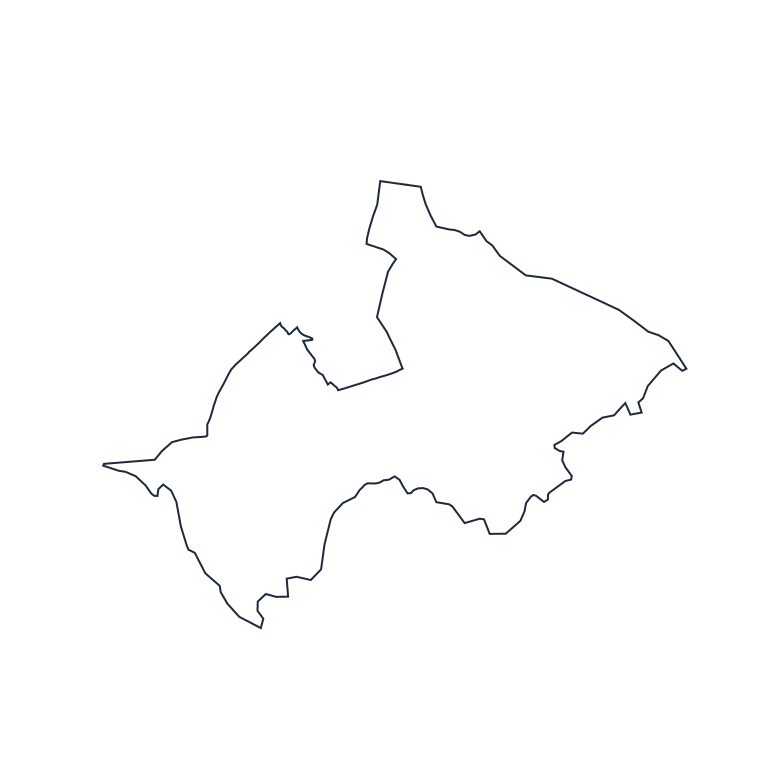 Sokoto North, Sokoto, Nigeria (Robinson projection), rotated 162°
{"feature_id": "59680162B91492845849591", "entity_name": "Sokoto North", "entity_type": "district", "adm_level": 2, "iso_a3": "NGA", "parent_name": "Nigeria", "parent_adm1": "Sokoto", "projection": "robinson", "projection_center": [5.234, 13.066], "detail": "fine", "context": "isolated", "style": "outline", "palette": "slate", "viewbox_px": 768, "rotation_deg": 162, "n_neighbors": 0, "source": "geoboundaries", "source_scale": "gbopen_adm2", "svg_char_len": 3080}
<svg xmlns="http://www.w3.org/2000/svg" viewBox="0 0 768 768"><g transform="rotate(162 384 384)"><path d="M476.4,271.9L471.2,277.2L459.9,283.5L446.4,285.5L439.8,290.8L436.3,292.4L433.8,294.0L430.1,294.6L425.8,293.0L422.3,291.9L418.6,291.6L414.0,292.6L412.7,292.2L408.8,291.5L402.3,292.8L398.8,288.0L397.7,281.5L395.4,272.7L392.2,271.9L390.4,272.8L388.7,273.8L383.8,274.2L379.1,273.0L375.2,270.4L371.7,265.1L370.7,255.4L359.3,249.5L356.8,246.4L350.3,226.8L334.6,226.3L330.7,224.4L329.8,208.8L314.5,204.0L296.6,211.7L289.7,219.5L285.7,226.8L279.3,231.4L276.3,232.3L273.9,230.7L268.3,222.4L263.9,223.4L262.1,228.3L260.1,229.6L245.1,234.5L241.7,235.7L235.6,235.3L233.8,238.4L237.3,249.1L238.1,256.4L234.2,264.1L237.7,266.1L241.4,270.2L240.8,273.4L233.3,274.8L220.2,279.7L210.2,275.3L200.6,280.1L186.6,284.5L174.9,283.1L166.6,287.9L160.4,291.3L159.1,278.7L147.8,277.2L147.8,287.9L142.1,290.3L133.8,300.5L116.4,311.2L102.4,314.1L96.3,304.4L91.7,305.1L100.2,337.0L107.8,345.6L116.4,352.0L126.4,366.5L137.7,381.9L191.8,432.3L215.6,443.5L234.2,470.0L238.2,482.3L242.4,488.2L245.8,499.7L250.8,497.9L257.1,498.5L261.3,500.9L264.7,505.3L269.4,508.7L274.0,510.7L285.5,517.5L287.6,529.4L288.8,541.9L288.7,551.4L288.1,560.2L324.9,578.1L335.0,556.7L342.9,546.5L345.6,542.5L349.5,537.0L355.0,528.0L357.3,522.6L342.9,512.0L338.4,506.6L333.9,499.0L338.4,495.7L345.5,489.5L357.4,470.8L370.0,449.8L365.2,432.4L364.5,426.4L362.5,413.0L362.0,401.7L361.7,394.3L361.5,392.9L365.2,392.5L367.0,392.0L368.7,391.9L374.2,391.6L379.6,391.6L386.4,391.9L389.7,391.8L394.4,392.1L402.2,391.8L411.7,391.9L422.5,392.0L427.6,392.2L429.5,392.2L429.7,393.9L430.2,395.5L432.1,398.4L433.5,400.9L434.3,402.1L437.6,400.9L439.1,409.3L439.3,411.2L442.9,415.3L444.1,418.5L445.0,421.2L445.0,423.9L443.3,425.7L442.4,427.2L442.4,429.5L443.9,433.5L445.2,437.1L446.5,441.1L447.0,446.2L447.6,449.1L447.5,450.0L445.6,449.5L443.7,449.2L442.0,448.7L438.6,448.2L438.1,449.3L440.7,451.8L444.0,454.2L446.6,456.8L448.1,459.7L448.8,462.6L449.0,463.5L449.0,464.7L453.3,463.0L457.3,460.9L458.1,460.7L459.0,460.6L459.4,461.2L459.7,461.5L459.8,461.7L459.8,461.8L459.7,462.0L459.7,462.8L459.9,463.5L460.2,464.3L460.8,465.1L461.2,465.9L461.5,466.8L461.9,467.8L462.4,468.6L462.8,469.1L463.3,469.8L463.8,471.3L464.0,472.4L464.0,473.2L464.0,474.0L475.1,469.1L484.9,464.5L490.6,461.5L500.1,457.1L502.2,456.3L503.9,455.2L507.8,453.4L519.0,448.3L524.7,445.1L528.4,441.8L536.6,433.6L544.0,426.7L547.4,423.0L549.2,420.5L552.5,416.1L556.3,410.4L559.5,405.8L561.9,402.9L564.6,400.1L568.0,389.5L569.4,389.1L574.9,390.3L582.1,392.2L594.3,393.7L603.5,394.2L615.7,389.0L625.4,382.8L675.0,394.6L676.3,393.1L663.0,383.4L656.9,380.3L648.7,373.1L642.0,361.1L639.2,351.8L637.3,348.8L634.1,347.5L631.0,353.8L625.1,356.6L619.4,348.4L617.9,336.1L621.2,311.3L621.5,290.7L621.1,286.8L616.1,281.9L612.4,259.1L602.6,242.8L603.6,236.4L600.8,223.4L593.6,207.3L576.6,189.9L571.3,198.1L574.4,207.4L571.3,216.1L561.3,220.8L552.4,214.9L540.9,211.4L536.7,228.9L526.8,227.7L514.2,220.2L501.1,227.2L490.1,249.9L476.4,271.9Z" fill="none" stroke="#1e293b" stroke-width="2"/></g></svg>